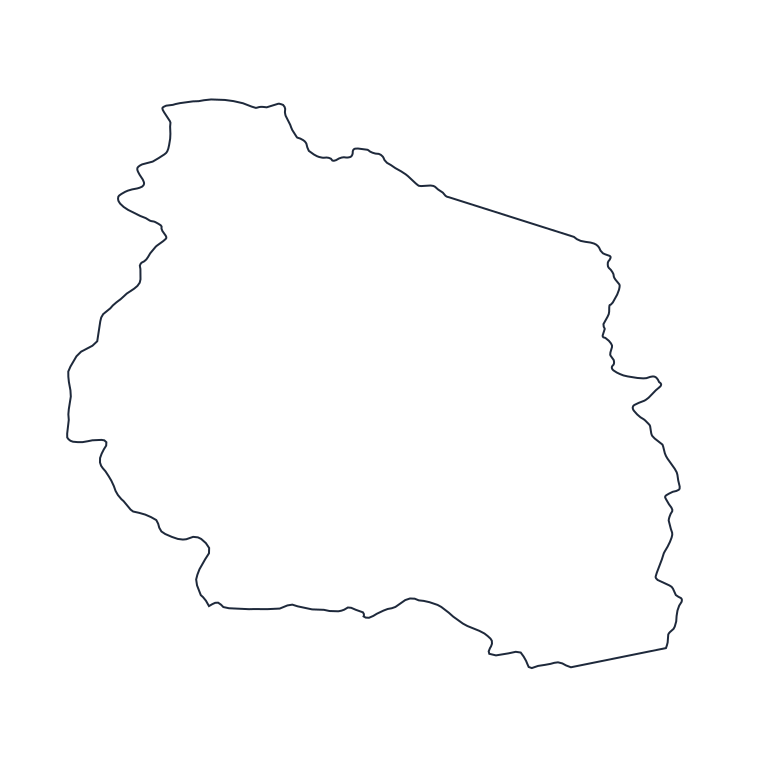 outline of La Venta, Francisco Morazán, Honduras, rotated 5°
{"feature_id": "27666195B10946257085941", "entity_name": "La Venta", "entity_type": "district", "adm_level": 2, "iso_a3": "HND", "parent_name": "Honduras", "parent_adm1": "Francisco Morazán", "projection": "mercator", "projection_center": [-87.317, 13.734], "detail": "fine", "context": "isolated", "style": "outline", "palette": "slate", "viewbox_px": 768, "rotation_deg": 5, "n_neighbors": 0, "source": "geoboundaries", "source_scale": "gbopen_adm2", "svg_char_len": 6139}
<svg xmlns="http://www.w3.org/2000/svg" viewBox="0 0 768 768"><g transform="rotate(5 384 384)"><path d="M229.0,620.5L232.1,618.3L234.9,616.7L237.8,616.3L240.8,618.0L243.4,620.2L249.1,620.9L269.1,620.1L274.4,619.5L287.1,618.5L299.7,616.8L307.1,613.0L311.9,611.8L317.3,613.0L332.0,614.8L343.8,614.2L349.5,614.9L358.4,614.4L361.4,613.5L364.0,612.3L367.5,609.8L370.8,609.8L375.6,611.4L382.9,613.3L384.0,614.9L384.2,616.5L383.9,617.3L386.1,618.3L389.4,618.2L393.5,616.0L396.9,613.5L403.2,609.8L407.3,607.8L411.3,606.7L414.8,605.1L424.0,597.4L428.6,595.4L433.3,595.2L437.5,596.5L442.4,596.6L448.4,597.4L456.6,599.4L460.5,601.1L468.5,606.2L473.2,609.7L483.5,615.8L488.1,617.8L500.5,621.6L505.8,623.8L509.2,626.0L512.3,628.4L513.8,630.4L514.2,633.3L513.5,636.0L512.6,637.9L511.6,641.2L512.4,643.6L519.2,644.6L531.4,641.5L538.6,639.3L543.6,639.6L546.9,643.4L549.7,647.5L551.2,650.4L552.8,653.3L556.0,654.1L562.1,651.4L568.7,649.8L574.2,648.3L578.0,646.9L581.6,646.1L586.0,646.8L589.9,648.5L594.9,649.9L687.9,622.5L688.6,619.7L689.1,616.7L689.0,608.8L689.5,607.6L690.4,606.3L693.8,602.7L694.8,600.3L695.8,595.0L695.7,589.6L696.1,584.1L697.4,579.0L699.4,575.2L699.6,574.0L699.5,572.8L699.1,572.0L698.5,571.4L695.8,570.3L693.1,568.8L689.7,562.7L688.2,561.0L685.9,559.8L673.7,555.4L672.0,553.9L671.5,553.0L671.4,552.1L672.2,548.3L676.1,534.5L677.5,528.2L678.3,526.3L680.7,521.3L682.6,516.4L683.9,511.9L684.3,509.1L684.0,507.0L682.4,503.4L679.5,495.2L679.6,493.3L680.0,491.3L680.9,488.3L682.2,485.7L682.2,484.2L681.1,482.1L678.3,478.9L675.0,474.2L674.0,472.6L673.9,471.8L674.2,471.0L674.9,470.2L677.6,468.3L681.1,466.2L684.5,465.1L686.7,463.8L687.3,463.2L687.6,462.4L687.5,460.4L685.5,454.4L684.2,448.9L683.3,446.5L681.0,443.1L672.9,433.6L671.2,431.2L669.8,428.5L667.6,422.1L666.7,420.1L658.4,414.7L655.8,412.4L655.1,411.3L654.5,409.8L652.8,402.9L652.3,401.9L651.3,400.9L647.3,397.5L645.8,396.5L642.4,394.8L638.9,392.3L635.6,389.2L634.5,387.9L634.0,386.7L633.8,385.7L634.1,384.5L634.4,383.9L635.2,383.1L639.4,380.6L644.9,377.9L646.5,376.7L648.8,374.6L655.3,366.6L659.6,362.2L660.1,360.9L660.1,360.1L659.7,359.4L659.2,358.9L657.9,358.1L656.5,355.8L655.1,354.3L654.0,353.5L652.8,353.1L651.8,353.0L650.8,353.1L648.6,353.7L644.9,355.3L641.8,355.8L635.9,355.9L626.1,355.2L621.8,354.6L618.1,353.5L614.9,352.3L611.3,350.4L610.3,349.5L609.7,348.5L609.5,347.6L609.6,346.8L610.0,346.0L611.0,344.7L611.3,343.6L611.3,342.2L610.8,340.2L607.3,336.1L606.8,335.2L606.8,332.8L607.9,327.4L607.8,325.8L606.6,323.8L604.3,321.4L600.5,318.8L598.5,318.4L597.8,317.7L597.6,316.6L599.1,309.9L598.9,309.4L597.9,307.8L597.4,305.2L600.8,297.6L601.8,294.8L602.0,292.2L601.7,287.9L601.8,286.0L602.1,285.6L602.8,285.3L603.3,284.8L604.8,282.9L608.5,274.6L609.9,269.6L610.2,267.1L610.2,265.5L609.8,264.3L605.5,259.9L604.2,258.2L603.6,257.0L603.0,254.6L601.9,252.8L600.0,250.5L597.8,248.7L596.9,247.4L596.5,245.6L596.4,243.7L596.8,242.3L598.0,240.5L598.6,238.9L598.7,237.8L598.2,237.1L597.6,236.7L592.9,235.5L590.7,234.7L588.1,232.3L586.4,229.4L585.1,228.0L583.3,226.7L581.1,225.8L577.5,225.1L572.1,224.8L567.5,224.3L563.5,222.9L560.4,220.9L432.5,192.3L430.6,192.0L429.7,191.6L428.8,191.1L425.9,188.2L420.9,185.5L417.7,183.1L416.0,182.4L413.1,182.2L403.7,183.6L401.4,183.5L400.3,182.9L398.0,181.3L389.7,174.8L387.3,173.2L382.4,170.6L376.4,167.9L371.8,165.3L367.7,163.4L365.0,160.9L363.8,158.7L363.0,157.6L360.9,156.0L358.7,155.2L355.4,155.2L352.4,154.6L349.9,153.7L347.9,152.4L347.1,152.1L337.8,151.7L335.7,151.9L334.4,152.2L333.5,152.8L332.9,153.7L332.6,155.0L332.7,156.9L332.5,158.2L331.9,159.6L331.0,160.6L330.1,161.0L328.4,161.5L326.7,161.7L324.3,161.6L322.1,162.1L319.6,163.2L316.7,165.2L314.6,166.0L313.1,165.9L311.5,164.2L309.2,163.5L307.0,163.4L304.0,163.9L302.7,163.9L299.6,163.5L297.4,162.9L294.2,161.5L288.8,158.3L287.0,155.0L285.7,151.3L284.9,150.2L283.8,149.1L282.2,148.1L279.2,146.8L276.1,146.1L275.3,145.3L270.5,139.0L269.1,136.4L268.0,134.0L262.6,125.3L262.1,123.8L261.6,121.9L261.6,118.6L260.8,116.6L259.2,114.8L257.4,114.3L255.1,113.9L254.3,114.0L243.0,118.6L239.5,118.5L237.4,118.6L235.5,119.0L233.1,119.9L232.2,120.1L228.0,119.2L219.0,116.6L209.4,115.3L200.7,114.9L187.0,115.6L179.9,117.0L174.7,118.4L169.0,119.1L156.2,122.0L151.9,123.3L149.4,124.3L142.8,125.7L140.8,126.8L139.7,127.6L139.3,128.2L139.2,128.7L139.7,130.2L141.2,132.4L147.8,140.8L148.5,142.3L148.5,146.2L149.4,153.4L149.6,158.2L149.1,164.7L148.6,168.4L147.8,171.1L146.9,172.7L145.2,174.4L139.8,178.6L134.2,182.6L123.9,186.3L122.0,187.5L120.4,188.9L119.7,189.9L119.5,190.5L119.5,191.5L119.7,192.4L120.4,193.9L122.2,196.7L125.9,201.4L126.7,202.9L127.3,204.1L127.5,205.1L127.4,206.1L127.0,207.1L125.8,208.5L123.4,209.8L121.1,210.7L116.1,212.1L112.0,213.7L109.4,215.1L105.8,217.6L103.7,219.4L103.0,220.6L102.9,222.6L103.2,223.9L103.7,225.1L105.4,227.3L109.2,230.3L114.0,232.9L126.4,237.8L132.2,239.5L136.4,241.6L137.9,242.0L140.6,242.2L142.0,242.6L145.4,244.1L147.8,245.4L148.7,246.5L148.8,248.6L149.9,250.9L153.7,255.4L154.3,256.6L154.4,257.5L153.9,258.5L151.6,260.9L145.8,265.9L144.7,267.0L139.7,274.2L137.9,278.0L136.4,280.6L134.4,282.7L131.9,284.3L131.0,285.6L130.3,287.9L130.5,287.7L131.3,290.6L132.3,301.0L131.8,304.4L129.8,307.8L126.8,310.8L119.9,316.3L114.5,322.2L110.3,326.0L107.0,329.4L104.8,332.4L98.2,338.8L96.5,342.4L95.9,346.3L94.6,366.4L90.2,371.3L79.4,378.2L75.2,383.2L70.1,394.0L68.4,399.1L68.9,404.2L69.9,409.4L72.2,417.7L73.1,423.8L72.2,436.6L72.2,441.7L73.1,447.2L72.7,461.1L73.1,464.9L74.5,466.5L76.6,467.9L79.2,468.6L83.9,468.6L88.7,468.2L94.0,466.8L98.4,465.5L107.4,464.3L110.3,464.5L112.5,466.2L112.6,469.6L110.6,473.5L108.8,478.0L107.6,482.5L107.9,486.9L109.3,490.1L111.2,492.4L114.1,495.2L117.8,499.9L120.8,504.1L123.8,509.3L125.9,513.9L128.6,517.8L132.4,521.6L134.8,523.4L142.5,531.2L145.2,532.9L151.3,533.7L157.5,534.9L163.5,536.9L169.0,539.4L171.2,542.9L172.6,546.7L175.1,550.3L179.1,552.5L186.0,554.8L192.1,556.3L197.2,556.5L200.5,555.9L207.2,552.9L212.0,553.0L215.4,554.3L220.4,558.0L224.1,562.6L224.4,567.9L221.2,574.0L216.3,584.7L214.7,590.3L213.9,595.1L215.3,600.9L219.9,610.3L222.3,612.1L225.5,615.4L229.0,620.5Z" fill="none" stroke="#1e293b" stroke-width="2"/></g></svg>